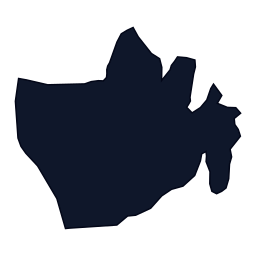 map outline of Bururi (Albers equal-area conic projection)
{"feature_id": "BDI-2637", "entity_name": "Bururi", "entity_type": "Province", "adm_level": 1, "iso_a3": "BDI", "parent_name": "Burundi", "parent_adm1": "", "projection": "albers", "projection_center": [29.663, -3.868], "detail": "fine", "context": "isolated", "style": "filled", "palette": "ink", "viewbox_px": 256, "rotation_deg": 0, "n_neighbors": 0, "source": "natural_earth", "source_scale": "10m", "svg_char_len": 1032}
<svg xmlns="http://www.w3.org/2000/svg" viewBox="0 0 256 256"><path d="M65.5,228.5L56.9,198.6L37.6,165.9L25.8,153.2L21.0,146.4L18.0,138.1L15.4,101.2L18.6,78.5L26.4,79.9L47.7,84.8L84.7,83.9L91.3,81.6L98.3,80.7L103.3,80.9L106.5,77.5L106.9,73.7L106.8,69.7L107.7,66.0L109.6,62.7L117.0,42.0L121.3,33.8L127.1,30.3L133.1,27.5L138.2,36.8L151.4,53.5L159.6,58.7L161.8,67.3L161.6,80.5L170.1,69.8L171.4,65.4L174.6,61.3L177.5,56.9L186.5,57.7L194.9,60.0L195.4,66.9L193.6,74.0L190.0,97.3L190.4,101.0L188.7,104.1L186.7,107.3L192.1,112.9L200.4,107.6L206.8,100.0L210.8,88.5L213.5,84.1L221.8,95.5L217.3,103.3L227.4,107.4L235.8,107.7L240.6,113.2L234.2,118.5L234.8,124.5L238.2,129.4L240.4,136.2L230.1,149.2L231.6,156.9L229.5,164.1L228.7,178.8L226.0,188.0L221.7,191.3L216.6,193.7L211.9,191.3L209.8,183.8L210.0,171.7L206.1,161.6L206.5,155.9L206.0,151.5L201.7,153.8L200.4,160.9L194.7,175.5L183.0,186.1L171.5,189.3L161.7,195.9L150.7,208.2L135.7,215.2L127.6,216.0L116.9,225.0L69.5,228.1L65.5,228.5Z" fill="#0f172a" stroke="#020617" stroke-width="1.5"/></svg>